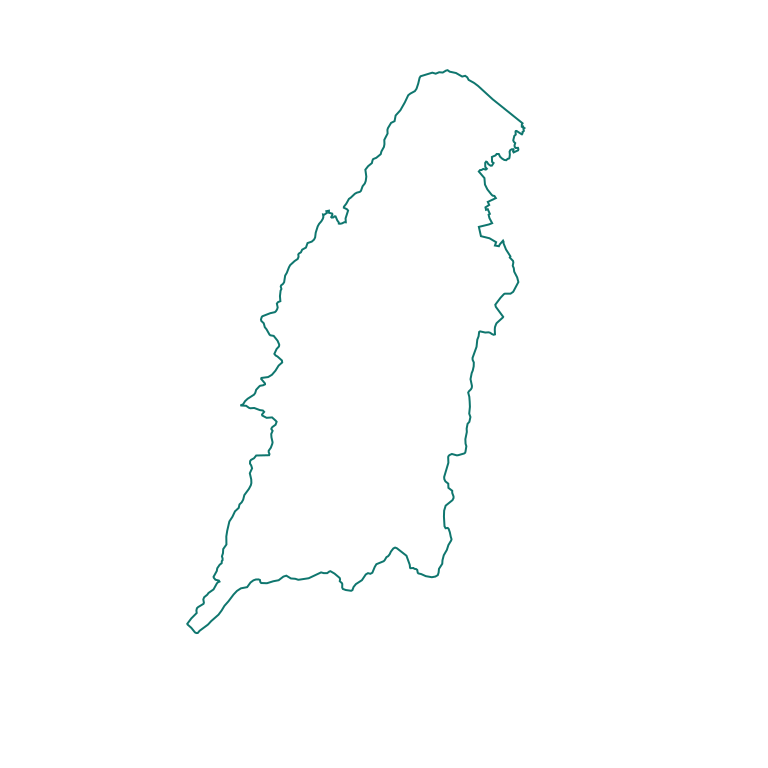 outline of Chun, Phayao, Thailand, rotated 29°
{"feature_id": "78962969B62058634056036", "entity_name": "Chun", "entity_type": "district", "adm_level": 2, "iso_a3": "THA", "parent_name": "Thailand", "parent_adm1": "Phayao", "projection": "natural_earth1", "projection_center": [100.139, 19.355], "detail": "fine", "context": "isolated", "style": "outline", "palette": "teal", "viewbox_px": 768, "rotation_deg": 29, "n_neighbors": 0, "source": "geoboundaries", "source_scale": "gbopen_adm2", "svg_char_len": 6130}
<svg xmlns="http://www.w3.org/2000/svg" viewBox="0 0 768 768"><g transform="rotate(29 384 384)"><path d="M378.8,88.8L341.0,82.3L321.8,77.7L316.8,77.0L310.6,77.0L308.1,75.4L305.6,75.1L303.3,77.2L296.2,77.1L290.0,79.0L287.5,78.7L286.3,79.8L284.4,83.1L281.1,84.6L278.8,87.5L275.3,88.3L266.8,97.1L266.7,99.0L268.3,104.7L269.3,110.0L269.0,112.9L266.2,117.3L265.2,119.7L265.7,127.7L265.6,136.7L264.0,143.5L265.8,149.0L263.6,152.2L263.4,158.3L263.8,160.1L265.7,163.2L265.9,170.3L268.1,174.0L269.0,176.7L269.0,181.9L269.7,184.6L267.6,189.9L265.5,192.5L265.5,193.8L266.3,196.7L264.5,201.2L263.8,205.6L268.0,211.2L269.6,215.3L270.0,217.9L269.4,221.4L270.2,226.2L269.7,227.7L267.5,229.8L266.3,231.7L264.6,237.1L263.6,239.1L263.6,244.6L263.0,248.4L263.4,249.3L266.8,249.1L268.5,249.7L270.1,257.8L272.2,261.1L270.9,261.7L269.3,264.0L267.8,265.2L266.7,265.6L266.1,264.6L263.9,263.6L260.4,260.9L259.6,261.2L258.9,262.9L257.6,263.8L256.9,263.6L256.9,261.1L256.1,260.1L252.8,260.9L251.8,259.1L249.8,260.8L251.1,262.0L249.6,265.0L248.5,265.3L250.0,267.3L250.4,269.2L250.3,272.1L249.6,275.4L249.6,278.3L250.9,284.7L252.7,289.2L252.8,291.6L251.8,294.5L248.8,297.8L249.6,302.5L247.3,306.2L247.5,309.1L246.4,311.0L246.2,312.2L247.6,314.2L247.9,316.5L246.2,319.8L244.3,325.5L244.3,328.0L245.1,333.9L245.0,337.1L247.3,343.4L247.1,345.5L246.2,347.6L246.4,348.8L248.2,350.6L248.3,352.5L250.4,357.6L253.2,361.8L251.6,363.8L251.3,365.6L253.9,368.6L254.3,370.5L254.2,372.8L253.7,374.1L250.2,377.2L244.8,383.7L244.6,384.7L245.1,387.2L246.1,388.3L249.4,389.2L252.2,392.1L254.7,393.1L259.9,396.3L261.0,396.5L264.2,395.4L270.0,397.8L273.2,400.3L273.7,401.3L273.9,402.2L273.1,405.5L273.5,410.8L275.4,411.6L277.5,411.6L283.3,412.9L284.5,414.5L282.9,419.0L282.6,425.1L281.5,430.3L279.3,434.1L273.9,438.1L274.1,439.1L279.6,441.2L280.1,442.0L278.9,443.7L276.5,445.6L276.1,446.5L275.0,451.0L275.7,454.2L275.5,456.3L271.9,463.0L270.8,466.4L270.6,470.1L268.8,472.4L274.0,469.9L277.5,470.3L278.9,470.0L282.1,467.9L288.1,467.0L290.9,465.9L292.7,466.5L292.1,469.8L292.8,470.6L297.7,470.5L302.3,467.5L307.1,468.6L308.4,469.1L308.9,472.2L307.2,475.8L307.1,477.5L307.3,478.0L309.3,479.0L309.6,482.4L311.4,485.2L314.8,489.0L315.3,490.5L315.9,494.6L315.5,498.2L316.1,499.4L317.8,500.8L318.0,502.0L306.9,508.5L306.3,512.0L304.5,514.8L304.3,516.4L305.4,518.6L307.3,519.6L309.5,521.7L309.9,527.1L314.2,531.9L316.0,534.9L316.6,537.1L316.7,541.2L315.7,548.9L316.9,553.4L316.9,556.5L316.0,559.4L317.0,562.8L315.4,567.6L315.8,573.6L315.4,579.2L318.0,588.3L320.0,593.8L324.0,600.8L323.4,606.3L325.2,610.1L325.8,613.3L327.3,614.7L328.2,616.3L328.0,617.5L328.9,619.5L327.9,621.7L327.5,626.0L328.4,628.6L328.4,635.3L329.1,636.0L331.5,636.9L334.9,636.0L335.9,636.6L334.8,638.1L334.5,639.4L334.5,646.3L331.8,651.9L331.6,653.9L330.1,657.7L330.4,660.0L332.5,662.6L332.7,663.8L329.6,669.2L329.1,670.8L329.7,673.0L331.2,675.1L329.1,682.5L328.2,689.1L328.8,689.6L333.7,690.7L339.1,692.9L340.6,692.8L341.8,692.1L342.4,689.2L346.7,679.7L347.8,675.2L351.1,666.0L351.8,660.8L352.0,655.4L353.3,649.5L354.5,641.0L355.7,636.3L357.9,632.1L362.8,628.0L363.5,622.3L365.0,619.0L366.7,617.1L368.9,615.8L370.4,615.5L371.9,617.2L373.1,617.6L378.2,615.0L382.8,610.2L387.0,606.7L389.4,601.2L391.5,599.0L396.9,599.2L400.8,597.4L403.9,596.8L405.3,595.8L412.3,590.4L420.3,579.3L423.1,578.6L426.0,577.0L427.1,574.5L427.9,573.7L432.6,573.8L439.2,575.1L440.2,576.0L440.9,577.9L443.8,578.6L444.5,579.2L446.1,582.3L447.4,583.2L450.5,582.7L455.5,580.8L456.3,579.6L455.8,576.3L456.4,572.7L459.8,566.3L460.4,559.4L461.7,557.2L464.1,556.6L465.3,554.7L464.6,548.5L464.7,545.3L469.6,539.2L470.0,537.9L470.1,534.2L471.1,532.6L471.5,530.2L471.3,527.2L471.9,523.3L473.0,521.7L474.8,521.4L486.9,523.3L494.1,529.6L495.9,532.1L496.4,532.3L498.9,530.7L500.2,530.9L501.8,530.3L503.2,530.5L505.0,532.7L505.9,533.0L508.7,532.2L513.7,531.8L519.5,529.8L522.3,527.5L523.7,525.1L523.2,522.5L521.7,519.0L522.1,513.0L520.6,509.8L519.3,504.8L519.4,498.6L518.4,493.6L518.6,488.3L518.3,487.0L516.4,485.2L513.5,481.8L510.8,479.4L509.5,479.0L507.8,480.3L505.9,479.1L500.7,470.9L498.0,465.6L496.9,460.5L500.2,452.4L500.1,450.0L499.3,448.6L496.5,446.2L495.4,444.3L490.7,443.6L488.5,440.0L484.9,439.4L482.9,438.0L481.7,436.2L478.5,421.7L475.5,416.7L475.4,415.4L475.8,414.3L477.3,412.3L482.3,411.1L483.4,410.3L487.8,405.9L488.3,404.7L488.0,403.5L486.2,398.5L484.3,396.7L481.9,392.8L479.7,385.8L477.9,382.9L476.4,378.3L477.0,375.7L475.6,371.0L472.9,368.6L470.2,362.3L467.5,357.9L464.8,353.8L461.8,350.7L461.8,349.3L462.6,346.5L462.6,344.8L461.9,343.1L457.3,337.8L455.4,331.9L455.1,329.2L453.9,325.1L452.1,321.6L449.8,319.9L448.8,318.3L446.9,306.6L444.1,300.0L443.6,296.4L442.0,292.4L442.5,291.4L447.6,289.9L450.4,288.1L452.2,287.7L453.9,288.0L456.0,287.8L457.0,286.8L454.5,282.7L453.5,280.5L453.0,277.4L453.0,276.1L455.7,268.2L455.7,267.5L444.4,262.3L442.9,260.7L444.1,252.1L445.3,247.3L445.8,246.5L450.9,243.6L452.3,240.7L452.1,229.7L448.8,226.2L443.4,222.6L441.3,219.7L439.3,218.2L438.2,215.0L437.2,213.8L432.7,212.4L432.7,211.1L425.5,207.2L420.2,202.9L419.7,201.7L418.6,200.9L417.6,205.7L417.7,207.8L413.9,209.1L413.3,205.6L405.6,205.4L397.1,207.7L390.8,200.6L398.4,193.6L400.6,190.9L395.8,187.8L393.4,185.2L394.1,183.9L390.0,180.8L388.8,182.2L387.1,180.3L389.2,176.4L386.5,174.4L391.7,167.2L389.4,166.0L387.6,166.6L386.1,166.2L380.1,163.7L375.6,160.6L372.0,155.2L363.9,152.2L364.3,150.3L365.5,149.6L366.5,147.8L369.1,147.1L369.6,145.9L367.3,145.0L365.3,141.5L365.5,140.0L366.5,139.9L368.6,141.1L371.3,141.4L372.5,140.7L372.7,137.6L370.8,137.3L368.3,133.1L370.7,130.0L371.0,128.2L372.9,127.2L375.3,128.9L378.0,129.6L380.6,129.7L382.4,129.0L383.0,127.1L383.9,126.4L384.1,125.5L382.9,122.4L381.2,119.9L381.1,118.2L381.9,116.8L383.4,115.9L383.8,116.3L384.0,117.9L385.1,118.6L388.0,114.6L387.7,113.5L386.7,112.5L384.8,113.7L383.4,113.3L382.4,111.9L382.0,109.7L380.1,109.2L378.9,108.2L377.7,103.8L378.3,102.0L376.7,99.6L376.6,98.9L377.3,98.4L382.6,98.8L383.6,98.8L383.7,98.4L383.4,96.8L383.0,96.5L383.6,94.8L382.2,93.2L382.7,92.1L381.5,92.0L380.9,91.4L380.3,92.2L379.8,92.2L378.7,90.1L378.8,88.8Z" fill="none" stroke="#0f766e" stroke-width="2"/></g></svg>